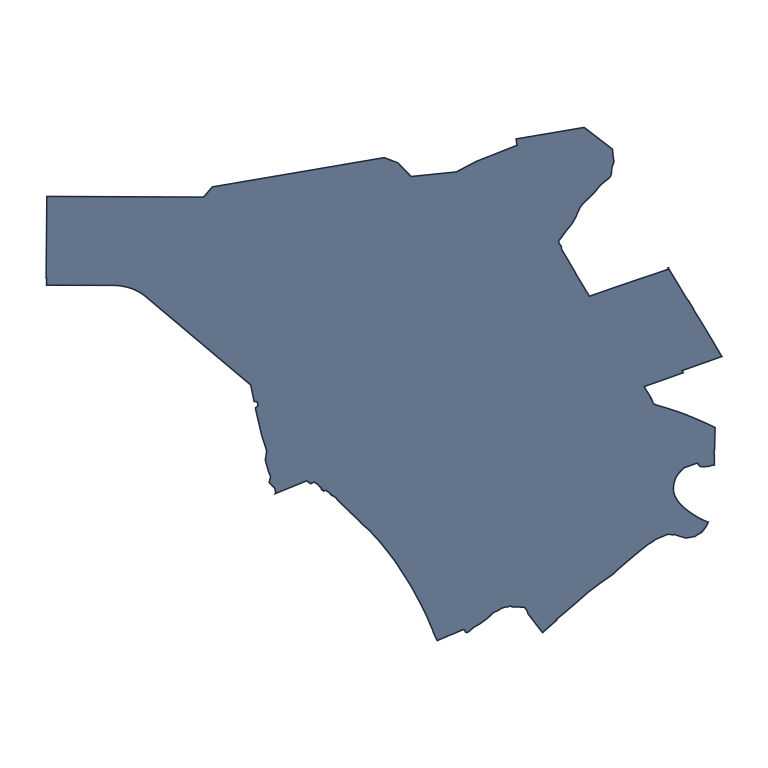 Kampen, Overijssel, Netherlands
{"feature_id": "6326949B29767545609349", "entity_name": "Kampen", "entity_type": "district", "adm_level": 2, "iso_a3": "NLD", "parent_name": "Netherlands", "parent_adm1": "Overijssel", "projection": "equal_earth", "projection_center": [5.959, 52.551], "detail": "fine", "context": "isolated", "style": "filled", "palette": "slate", "viewbox_px": 768, "rotation_deg": 0, "n_neighbors": 0, "source": "geoboundaries", "source_scale": "gbopen_adm2", "svg_char_len": 5828}
<svg xmlns="http://www.w3.org/2000/svg" viewBox="0 0 768 768"><path d="M275.1,493.7L285.2,489.6L295.0,485.6L296.0,485.2L305.4,481.4L306.2,481.1L306.6,480.9L310.7,483.8L311.5,483.3L313.3,482.3L313.8,482.1L314.1,482.1L315.2,482.9L315.9,483.2L317.5,484.3L317.8,484.6L318.0,484.7L318.3,485.1L319.1,485.9L319.3,486.1L320.1,487.0L320.8,487.6L321.2,487.8L321.6,488.3L321.9,488.7L322.0,488.9L321.9,489.0L321.3,489.2L321.5,489.5L322.7,490.3L323.1,490.6L323.5,491.1L323.9,491.0L325.4,490.2L325.6,490.2L329.7,493.0L330.7,494.2L330.6,494.5L331.0,494.7L331.3,494.9L332.1,495.4L331.9,495.5L332.2,495.7L333.4,496.0L333.9,496.4L335.9,497.9L336.3,498.3L336.8,499.1L337.4,499.8L342.5,504.9L347.9,509.9L349.0,511.0L349.3,511.5L350.4,512.6L352.8,514.7L354.1,515.9L354.6,516.4L354.6,516.6L354.9,516.8L357.8,519.5L361.1,523.0L362.3,524.3L366.3,527.7L366.9,528.1L367.3,528.6L370.4,531.4L372.5,533.9L377.8,539.5L382.1,544.7L385.8,549.3L387.7,551.6L392.6,558.0L393.7,559.4L394.9,561.0L396.1,562.9L396.3,562.9L396.5,563.1L396.7,563.4L396.7,563.7L400.8,570.2L407.6,580.7L410.0,584.6L413.5,590.6L414.8,593.0L417.5,598.2L418.7,600.2L419.6,601.9L424.3,611.3L424.6,611.8L427.7,618.5L428.8,621.2L430.3,624.9L431.5,627.5L432.4,629.4L432.8,630.5L433.1,631.8L433.4,632.6L435.5,637.1L436.2,638.5L436.3,638.8L436.6,639.4L436.9,640.1L437.3,640.6L441.9,638.6L446.4,636.8L448.4,635.7L450.9,634.8L454.9,633.2L456.4,632.5L457.1,632.2L457.8,631.9L462.9,629.8L463.4,629.5L464.0,629.8L464.5,630.3L464.8,630.7L465.7,632.3L466.6,632.5L466.9,632.5L467.3,632.5L468.1,632.0L469.0,631.5L469.3,631.2L470.9,629.7L471.3,629.5L472.4,628.5L473.2,627.8L474.0,627.2L475.0,626.6L478.3,624.8L479.6,624.0L482.6,621.9L486.1,619.3L488.1,617.7L488.8,617.0L490.9,615.2L491.1,615.0L491.2,614.7L491.4,614.3L491.5,614.2L493.5,612.7L495.3,611.7L496.1,611.3L496.3,611.3L496.6,611.3L497.2,611.0L500.8,608.8L501.3,608.5L501.7,608.1L503.3,607.8L505.1,607.1L505.4,607.1L507.8,606.9L508.4,606.8L508.7,606.6L509.4,606.2L509.7,606.0L510.0,606.0L510.8,606.1L511.0,606.3L512.1,607.0L519.1,607.0L520.7,607.3L521.1,607.3L523.6,607.2L524.0,607.3L524.3,607.4L524.7,607.9L525.1,608.0L526.7,610.3L527.1,610.9L527.3,611.3L527.4,611.9L527.5,612.7L527.7,613.0L528.0,613.8L542.5,632.6L543.1,632.3L545.0,630.4L553.6,622.9L556.9,620.0L556.3,619.5L562.8,614.2L577.3,601.8L577.4,601.7L587.4,592.9L588.2,592.2L599.0,584.1L599.4,583.7L612.1,574.9L612.6,574.5L614.2,573.1L617.0,570.3L621.8,566.1L629.4,559.7L636.1,553.9L636.4,553.9L636.6,553.7L639.9,550.9L644.5,547.3L647.6,544.7L653.4,541.2L653.4,540.8L653.6,540.7L654.7,540.0L655.9,539.3L657.2,538.7L657.7,538.5L660.0,537.5L661.2,536.9L661.3,536.8L661.8,536.9L662.2,536.7L665.0,535.4L666.5,534.9L667.3,534.5L667.3,534.4L668.6,534.4L670.6,534.5L672.4,534.9L673.0,535.0L673.5,534.8L674.4,534.3L675.0,534.7L676.6,535.3L681.0,536.6L681.3,536.7L684.8,537.8L685.2,537.9L685.7,538.1L695.0,536.5L695.6,536.1L696.6,535.2L701.0,532.8L701.6,532.4L702.9,530.9L705.4,527.6L706.0,526.8L708.3,522.2L708.2,522.2L703.5,520.2L699.6,518.3L696.6,516.6L693.1,514.4L688.7,511.4L684.3,508.0L679.7,503.4L678.9,502.4L676.8,499.3L676.0,498.0L675.0,496.0L674.4,494.6L673.7,492.0L673.5,490.8L673.5,489.5L673.5,486.8L673.7,485.1L673.8,484.5L674.7,480.9L675.6,478.4L676.5,476.5L677.4,475.1L678.3,473.8L679.6,472.4L682.7,469.2L683.9,467.9L695.0,463.9L697.1,463.1L698.1,464.2L700.2,466.6L700.7,466.7L701.7,466.6L702.2,466.6L702.7,466.8L703.5,466.8L704.9,466.8L705.4,466.8L707.0,466.3L709.1,466.5L709.7,466.0L711.9,465.4L714.4,465.1L714.4,463.8L714.4,453.8L714.3,453.2L713.7,452.5L714.5,451.0L714.7,445.3L715.0,432.8L715.1,428.1L715.1,427.5L709.2,424.7L708.0,424.1L702.4,421.6L698.3,419.8L694.1,418.0L686.8,415.1L686.9,414.9L686.1,414.6L683.1,413.6L678.5,411.9L673.0,410.1L668.0,408.5L663.2,407.0L659.1,405.8L655.2,404.6L655.0,404.3L653.8,404.0L652.9,402.5L652.5,401.6L652.5,401.3L652.4,400.9L651.9,399.8L651.7,399.5L650.9,398.1L651.1,398.1L650.3,396.7L650.2,396.5L648.9,394.3L646.5,390.5L644.2,386.6L683.3,372.7L682.1,370.6L721.9,356.5L719.4,352.5L718.1,350.2L717.7,349.6L714.2,343.6L714.0,343.3L713.5,342.3L710.8,337.8L705.1,328.3L704.6,327.5L704.5,327.3L700.3,320.4L699.3,318.6L698.7,317.9L698.0,316.8L697.9,316.6L697.5,316.0L695.2,312.2L694.4,311.0L694.1,310.5L693.7,309.3L693.4,308.6L692.7,307.7L692.5,307.2L692.4,307.2L692.1,306.6L689.8,302.9L688.9,301.1L688.6,301.0L686.3,297.9L681.5,289.9L679.0,285.8L678.0,284.0L669.6,270.2L668.5,268.2L668.5,267.7L667.8,267.9L668.1,268.6L668.3,268.9L668.3,269.0L668.2,269.1L664.8,270.4L655.2,273.7L632.7,281.2L630.3,282.1L625.5,283.7L608.1,289.7L589.3,296.3L588.7,294.9L586.1,290.8L583.1,285.7L577.4,276.4L575.9,273.8L575.2,272.3L565.2,255.3L562.0,250.2L561.4,248.0L561.4,246.2L561.1,246.0L560.1,244.6L559.1,243.5L559.0,242.5L558.7,241.7L558.6,240.9L559.7,239.6L562.4,236.1L564.1,233.6L567.0,229.9L571.3,224.7L572.7,222.6L575.8,217.1L576.5,215.4L578.0,211.9L578.3,211.5L579.3,209.2L579.7,208.2L580.0,207.7L581.0,206.2L582.1,204.6L584.4,202.3L588.8,198.1L593.2,193.8L594.6,192.3L598.2,187.8L599.0,186.9L600.1,185.6L601.5,184.2L606.1,180.5L607.8,179.2L608.5,178.6L609.5,177.6L610.4,176.5L611.0,175.0L611.4,173.6L611.7,169.4L612.0,167.4L613.6,163.0L614.0,161.9L614.0,161.7L614.0,161.2L613.8,160.3L613.4,158.0L613.3,156.8L612.5,149.2L584.1,127.4L516.1,138.9L516.9,145.3L476.5,161.3L456.3,171.9L411.2,176.5L397.8,162.8L384.2,157.6L212.3,186.9L203.6,197.1L46.8,196.4L46.1,278.0L46.6,278.0L46.5,285.2L113.3,285.4L116.3,285.5L118.9,285.7L121.8,286.1L124.8,286.7L127.2,287.2L129.8,288.0L132.1,288.8L134.5,289.7L136.7,290.8L138.0,291.4L139.4,292.2L141.6,293.5L143.0,294.5L144.4,295.5L145.6,296.5L250.7,385.0L254.1,401.6L255.8,401.5L256.2,401.6L257.4,402.3L258.1,405.7L255.4,407.9L255.9,410.5L260.9,432.1L261.7,435.4L266.7,450.8L265.3,460.1L268.5,471.7L270.6,476.5L269.1,482.4L274.8,488.4L275.6,492.1L275.1,493.7Z" fill="#64748b" stroke="#1e293b" stroke-width="1.5"/></svg>